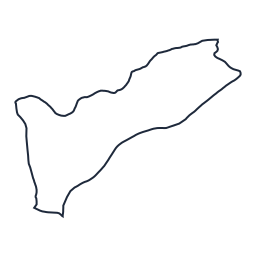 Halmin, Lahij, Yemen (Mercator projection)
{"feature_id": "15242507B61781927650682", "entity_name": "Halmin", "entity_type": "district", "adm_level": 2, "iso_a3": "YEM", "parent_name": "Yemen", "parent_adm1": "Lahij", "projection": "mercator", "projection_center": [44.941, 13.696], "detail": "fine", "context": "isolated", "style": "outline", "palette": "slate", "viewbox_px": 256, "rotation_deg": 0, "n_neighbors": 0, "source": "geoboundaries", "source_scale": "gbopen_adm2", "svg_char_len": 5184}
<svg xmlns="http://www.w3.org/2000/svg" viewBox="0 0 256 256"><path d="M217.7,39.7L213.7,39.7L207.6,40.0L202.2,40.8L197.8,43.3L195.5,44.1L195.3,44.1L194.4,44.2L193.5,44.4L192.8,44.4L191.9,44.5L191.1,44.5L190.8,44.5L188.6,45.1L187.6,45.5L186.8,45.8L185.9,46.0L184.9,46.2L184.0,46.3L183.1,46.5L182.1,46.7L181.4,47.1L180.7,47.5L179.9,47.7L179.1,47.8L178.3,47.9L177.4,48.0L176.6,48.0L175.6,48.1L174.7,48.3L173.8,48.5L172.9,48.8L172.0,48.9L171.1,49.4L170.3,49.8L169.4,50.2L168.5,50.4L167.7,50.7L166.9,51.0L166.1,51.2L165.3,51.4L164.3,51.6L163.5,51.8L162.6,52.1L161.6,52.3L160.7,52.5L159.7,52.7L158.6,52.9L157.6,53.2L157.1,53.8L156.6,54.4L155.9,55.1L155.2,55.6L154.5,56.1L153.9,56.7L153.3,57.3L152.8,57.9L152.3,58.5L151.7,59.2L151.1,59.8L150.5,60.4L149.9,61.1L149.5,61.7L148.9,62.6L148.4,63.4L147.9,64.1L147.3,64.8L146.8,65.5L146.1,66.0L145.5,66.5L144.7,66.7L143.8,67.1L143.0,67.2L142.1,67.7L141.3,68.1L140.6,68.6L139.8,68.9L139.0,69.2L138.2,69.4L137.2,69.7L136.3,69.9L135.5,70.2L134.7,70.6L134.0,71.1L133.3,71.3L132.5,71.5L131.8,72.0L131.4,72.9L131.2,73.7L131.0,74.5L130.8,75.5L130.6,76.3L130.3,77.1L130.0,77.8L129.6,78.6L129.3,79.5L129.0,80.2L128.8,81.0L128.4,81.7L127.8,82.5L127.4,83.2L126.8,83.9L126.5,84.4L126.4,84.6L125.9,85.2L125.3,85.8L124.6,86.6L124.1,87.2L123.5,87.7L122.8,88.4L122.1,88.9L121.4,89.3L120.6,89.7L119.6,90.0L118.8,90.2L117.9,90.3L117.2,90.7L116.7,91.3L116.0,92.0L115.4,92.6L114.6,92.9L113.8,93.0L113.0,92.9L112.1,92.7L111.3,92.6L110.1,92.2L109.2,91.8L108.0,91.3L107.1,91.2L106.1,91.0L105.3,90.9L104.5,90.8L103.6,90.8L102.7,90.7L101.4,90.7L100.6,90.7L99.9,91.0L99.1,91.2L98.1,91.6L97.2,92.0L96.4,92.4L95.5,92.9L94.7,93.3L94.0,93.8L93.3,94.3L92.5,94.7L91.8,95.1L91.0,95.5L90.1,95.9L89.3,96.3L88.3,96.7L87.5,97.0L86.8,97.2L86.0,97.1L85.0,97.1L84.2,97.2L83.3,97.5L82.2,97.7L81.5,98.0L80.6,98.5L79.8,99.1L79.1,99.6L78.4,100.2L77.8,100.9L77.5,101.6L77.2,102.5L76.9,103.2L76.6,104.0L76.3,104.9L76.0,105.7L75.7,106.5L75.3,107.4L74.8,108.2L74.4,109.2L74.1,110.0L73.7,110.8L73.2,111.5L72.3,112.3L71.6,112.8L70.9,113.2L70.2,113.6L69.2,114.0L68.3,114.4L67.5,114.8L66.7,115.2L65.8,115.6L65.1,115.9L64.0,115.9L63.1,115.8L62.1,115.7L61.1,115.6L60.3,115.3L59.5,115.1L58.7,114.8L58.0,114.5L56.8,114.0L56.1,113.5L55.4,113.1L54.9,112.4L54.3,111.6L53.7,110.9L53.2,110.2L52.7,109.5L52.1,108.8L51.5,108.2L50.8,107.4L50.3,106.8L49.6,106.2L48.9,105.6L48.2,105.0L47.6,104.4L47.1,103.8L46.4,103.3L45.6,102.6L45.0,102.2L44.2,101.8L43.5,101.3L42.8,100.8L41.9,100.2L41.2,99.8L40.5,99.3L39.8,98.7L39.1,98.1L38.2,97.8L37.2,97.4L36.2,97.1L35.4,96.8L34.2,96.5L33.5,96.3L32.6,96.1L31.7,95.9L30.9,95.9L29.9,95.9L29.1,96.0L28.4,96.3L27.6,96.6L26.8,96.9L26.0,97.2L25.1,97.5L24.4,97.8L23.6,97.9L22.8,98.0L21.5,98.2L20.5,98.5L19.7,98.8L18.9,99.1L18.2,99.5L17.6,100.0L16.8,100.6L15.9,101.3L15.7,101.6L15.4,102.0L15.4,102.8L15.9,103.4L16.4,108.4L17.0,112.3L17.8,114.6L20.3,117.1L23.1,120.5L25.3,124.0L26.5,128.2L26.3,136.2L26.8,142.1L27.5,149.7L28.1,155.5L28.4,160.3L28.8,163.8L30.2,167.4L31.7,172.9L33.0,177.8L33.1,178.2L33.5,179.1L33.8,180.0L34.1,180.9L34.3,181.9L34.7,182.8L35.0,183.7L35.3,184.6L35.6,185.5L35.9,186.2L36.1,187.1L36.3,188.0L36.4,188.9L36.6,189.7L36.6,190.5L36.6,191.2L36.6,192.1L36.5,193.0L36.3,193.8L36.1,194.8L35.7,195.7L35.6,196.5L35.7,197.3L36.1,198.0L36.3,198.3L36.6,201.3L36.6,204.4L34.2,207.8L40.0,210.6L42.4,211.4L44.3,211.7L46.5,212.1L48.3,212.3L50.1,212.4L51.9,212.5L53.6,212.6L55.5,212.7L57.3,212.8L59.1,213.3L60.7,214.5L62.1,215.9L62.7,216.3L62.7,215.1L63.0,213.3L63.2,211.6L63.2,209.8L63.3,207.9L63.3,206.0L63.3,205.6L67.0,197.0L70.4,191.1L74.6,187.5L76.4,186.6L78.0,185.7L79.6,184.6L81.3,183.6L83.0,182.7L84.8,181.9L86.7,181.3L88.5,180.5L90.0,179.6L91.8,178.4L93.4,177.3L94.8,176.1L96.1,174.8L97.3,173.5L98.8,171.9L100.2,170.5L101.8,168.7L103.0,167.3L104.2,166.0L105.2,164.5L106.2,163.0L107.3,161.4L108.5,159.6L109.5,157.9L110.6,156.2L111.8,154.4L112.8,152.8L113.9,151.1L114.9,149.5L116.0,147.9L117.3,146.4L118.8,145.0L120.5,143.7L122.0,142.6L123.6,141.7L125.3,140.8L127.0,139.9L128.8,138.9L130.6,137.9L132.2,137.0L134.1,136.0L135.7,135.0L137.5,134.1L139.3,133.3L141.2,132.6L142.9,132.0L144.9,131.4L146.6,130.9L148.3,130.4L150.0,129.8L151.8,129.2L153.6,128.7L155.4,128.4L157.1,128.1L159.1,128.0L160.8,128.0L162.6,128.0L164.4,128.1L166.2,128.0L179.2,123.6L185.7,119.2L186.8,117.9L188.1,116.6L189.4,115.3L190.8,114.2L192.4,113.0L194.0,111.9L195.4,110.7L196.7,109.4L198.0,108.2L199.3,107.0L200.8,105.7L202.2,104.4L203.7,103.3L205.4,102.0L207.0,100.8L207.6,100.3L208.5,99.6L209.9,98.4L211.5,97.1L212.9,95.9L214.4,94.7L215.9,93.6L217.3,92.4L218.7,91.3L220.2,90.3L221.6,89.3L223.0,88.1L224.7,86.8L226.1,85.6L227.6,84.6L229.2,83.5L230.8,82.4L232.4,81.4L234.0,80.6L235.5,79.6L236.8,78.6L238.2,77.4L239.4,76.3L239.6,76.2L240.6,74.7L240.6,73.0L240.0,71.3L238.4,70.6L236.6,70.1L234.9,69.6L233.2,69.1L232.6,68.7L231.7,68.3L230.1,67.3L228.6,66.0L227.3,64.5L226.1,63.1L224.9,61.8L223.4,60.9L221.8,60.0L220.3,59.3L219.4,58.8L218.5,58.5L216.8,57.6L215.2,56.4L214.2,54.9L214.5,53.2L216.0,52.1L216.8,51.4L217.4,50.8L217.9,49.1L217.4,47.3L216.4,45.4L216.3,45.2L216.8,44.4L217.0,43.7L217.4,42.9L218.0,42.0L217.8,41.2L217.5,40.4L217.7,39.7Z" fill="none" stroke="#1e293b" stroke-width="2"/></svg>